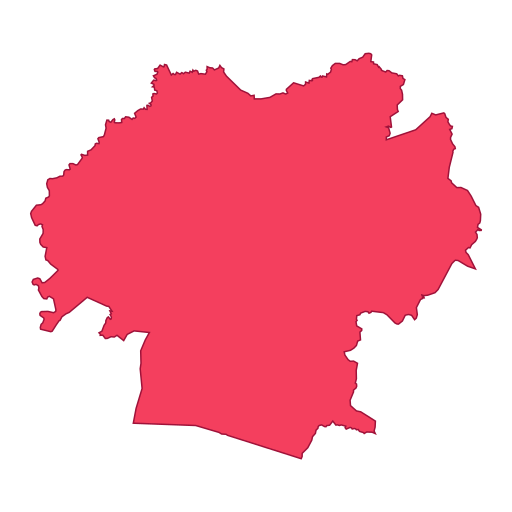 outline of Jolalpan, Puebla, Mexico
{"feature_id": "50627088B30927628561887", "entity_name": "Jolalpan", "entity_type": "district", "adm_level": 2, "iso_a3": "MEX", "parent_name": "Mexico", "parent_adm1": "Puebla", "projection": "mercator", "projection_center": [-98.941, 18.299], "detail": "fine", "context": "isolated", "style": "filled", "palette": "rose", "viewbox_px": 512, "rotation_deg": 0, "n_neighbors": 0, "source": "geoboundaries", "source_scale": "gbopen_adm2", "svg_char_len": 5885}
<svg xmlns="http://www.w3.org/2000/svg" viewBox="0 0 512 512"><path d="M52.2,331.2L56.2,324.9L59.1,320.7L60.0,320.4L61.9,316.8L66.0,313.8L69.2,312.4L87.2,297.3L106.6,306.1L108.8,306.4L112.0,311.2L109.9,310.9L111.3,313.8L110.1,314.5L111.4,317.0L111.2,318.9L110.3,319.3L108.4,316.9L107.3,317.6L105.9,320.5L105.7,323.0L104.1,325.3L101.9,331.2L99.0,332.8L100.7,334.8L100.4,335.3L102.8,335.2L105.3,338.5L107.4,338.4L111.0,336.7L114.3,337.0L117.0,335.3L123.7,340.6L127.2,334.4L134.1,330.9L149.4,332.5L145.3,339.9L140.7,350.8L141.0,363.3L140.2,368.8L142.1,388.5L136.1,408.4L133.3,423.2L195.7,425.5L219.0,432.4L221.6,434.0L226.1,434.3L227.5,435.3L301.2,458.7L302.1,456.6L302.2,453.3L307.8,447.7L311.8,440.1L312.5,436.7L315.4,433.4L316.0,430.2L317.9,428.3L318.2,426.5L319.2,425.5L321.6,424.9L324.6,426.6L326.0,426.7L326.7,425.6L329.6,425.2L332.8,421.1L335.9,425.1L337.3,424.8L339.4,425.5L341.2,424.9L345.8,426.2L345.1,427.7L346.2,429.1L350.1,427.4L351.5,427.9L352.2,429.0L354.3,428.5L355.6,428.8L356.4,429.8L358.2,429.5L359.5,431.4L363.5,432.6L364.2,433.5L366.7,432.0L372.1,432.2L375.3,433.6L374.1,431.0L375.1,427.1L375.4,421.1L360.7,411.8L356.4,410.9L350.5,405.6L350.1,400.2L353.5,392.0L353.5,390.1L356.0,388.0L356.7,386.2L356.5,384.0L355.3,383.1L356.4,378.7L356.2,370.4L357.5,363.3L353.6,361.1L350.3,361.3L348.1,359.7L344.9,355.1L344.2,351.8L350.5,350.3L353.9,348.1L356.4,345.5L357.7,341.1L360.5,339.9L359.9,332.1L361.7,330.5L361.8,328.9L356.7,325.9L356.0,321.7L357.1,320.3L356.4,319.3L356.8,315.6L359.8,314.8L360.7,313.1L365.1,311.4L367.9,311.7L369.0,313.2L370.9,312.4L371.7,311.2L383.3,312.6L387.0,314.8L395.0,323.0L397.0,324.0L398.5,324.1L402.4,321.0L405.2,315.3L406.8,314.8L408.8,314.5L411.6,315.3L414.6,319.7L416.3,318.1L417.3,314.6L416.4,307.6L420.5,299.5L422.6,298.5L422.5,297.7L424.1,297.8L423.6,296.4L422.1,295.8L421.9,295.0L423.9,295.6L427.7,295.2L435.0,292.7L438.1,289.5L451.9,263.5L454.6,260.8L455.4,260.2L458.1,260.5L467.6,266.2L475.4,268.9L468.3,254.8L466.0,252.4L465.5,250.2L468.5,247.5L470.0,247.9L471.7,244.6L475.4,241.4L476.8,239.0L477.3,237.7L477.0,234.5L475.5,232.1L477.9,229.6L479.1,230.5L481.2,230.4L481.3,229.8L477.5,227.4L478.0,224.4L479.8,222.9L480.4,220.6L480.7,214.2L478.6,207.3L475.9,205.6L471.2,196.2L467.5,190.5L461.0,187.5L456.8,187.6L451.6,182.8L451.1,180.8L447.9,178.4L449.3,167.2L453.0,152.3L452.8,151.1L453.8,149.2L455.3,148.6L454.9,146.7L452.6,143.9L450.5,139.4L450.6,137.3L452.1,134.1L449.7,129.4L451.9,128.7L452.4,126.4L450.7,126.0L449.5,124.6L447.9,121.8L448.3,119.3L446.0,117.4L444.7,113.6L443.8,112.9L435.7,114.9L431.8,113.3L430.1,116.7L415.7,129.8L386.3,139.8L386.3,137.0L389.3,135.7L390.1,133.2L388.6,127.8L386.3,126.9L388.5,126.1L390.9,127.4L391.5,127.0L390.2,116.7L398.2,111.5L397.4,109.4L397.2,105.0L402.6,99.8L402.5,94.3L401.6,90.2L400.3,88.6L400.3,86.4L403.4,84.5L404.9,79.6L403.0,78.5L402.4,75.8L399.6,75.3L398.3,75.9L396.7,73.8L391.8,72.9L389.0,70.7L387.1,70.5L385.7,72.0L381.5,70.4L381.4,69.4L379.1,66.7L378.6,67.2L377.2,64.6L373.6,63.8L373.5,62.0L370.8,61.6L371.7,54.9L370.7,53.7L368.8,53.3L365.2,53.7L362.7,57.2L359.1,58.7L357.2,60.8L355.1,59.7L352.4,59.6L351.8,61.7L350.3,61.4L345.7,64.6L343.1,64.8L339.6,63.4L335.3,63.4L332.4,65.6L330.8,68.2L331.4,69.3L330.5,72.2L327.8,74.2L326.8,73.9L326.5,76.9L322.5,76.0L322.2,77.0L321.3,77.2L320.4,76.0L319.0,77.3L312.7,78.6L312.0,79.4L312.4,80.5L311.9,80.8L309.3,80.4L308.9,83.1L305.6,82.0L305.5,84.3L303.6,85.9L293.6,82.8L286.4,89.3L286.3,90.4L287.7,93.0L286.5,93.7L285.6,94.0L283.0,92.9L279.8,94.0L276.0,93.9L269.9,97.4L261.0,98.9L254.3,98.9L254.1,95.3L250.8,95.9L247.9,93.3L240.7,90.1L226.4,76.1L223.6,72.0L223.9,68.9L221.5,67.6L219.9,65.4L218.7,68.0L214.4,69.9L212.6,68.0L209.7,67.7L207.1,66.6L207.1,69.3L206.3,70.2L206.9,71.7L205.4,74.2L200.9,73.6L198.7,74.1L197.5,71.0L195.8,70.3L193.7,71.2L192.9,70.1L192.2,72.3L190.1,71.2L189.2,73.1L185.3,72.2L183.6,73.7L181.8,72.6L180.0,74.1L176.6,72.3L175.5,74.5L174.3,74.5L173.1,73.5L171.3,75.0L166.6,65.0L164.5,64.5L164.0,66.8L163.4,66.9L160.1,65.1L157.6,68.5L154.7,68.9L154.3,69.6L155.0,71.4L157.4,71.5L157.8,72.1L157.0,74.2L153.4,75.8L154.6,77.8L156.0,78.4L156.7,80.2L156.0,80.7L153.7,80.1L151.3,83.1L153.9,84.3L154.0,85.5L152.5,86.8L154.3,87.1L154.7,90.1L156.8,90.7L157.4,93.0L156.5,94.0L154.0,93.5L152.9,93.9L153.0,96.1L151.6,97.3L152.3,101.0L150.7,102.9L149.4,103.3L151.1,104.8L151.0,105.8L149.8,106.4L147.9,105.2L146.9,105.4L147.1,109.4L145.4,109.3L144.1,107.7L143.3,109.1L140.6,109.0L137.8,110.6L134.6,113.3L136.1,117.1L134.7,118.4L133.2,118.0L132.0,119.4L128.9,117.2L125.6,116.8L124.4,118.5L122.5,118.5L121.5,119.5L121.7,122.5L119.2,122.9L115.0,122.8L114.3,122.2L114.8,119.9L114.3,118.8L112.9,119.6L110.8,122.3L109.1,121.5L108.7,120.2L106.9,120.1L105.5,124.8L106.1,128.1L104.4,134.8L103.5,136.6L98.8,137.6L97.9,138.7L99.2,142.3L99.0,143.6L96.5,143.3L95.3,143.9L95.0,145.7L91.0,149.9L87.6,151.3L87.6,155.1L84.8,155.4L81.5,154.3L81.0,154.9L82.3,157.3L82.1,158.3L77.5,164.6L75.9,165.0L72.9,163.6L70.0,163.6L69.0,164.9L70.2,169.1L69.3,169.8L66.3,169.6L65.0,170.2L64.0,171.7L63.7,175.0L62.7,176.2L60.0,176.2L56.9,177.8L52.5,178.7L49.9,178.5L47.8,179.8L46.7,183.7L47.4,187.4L49.3,190.7L49.4,195.8L48.6,197.0L45.8,198.2L45.1,200.9L42.6,203.7L41.0,204.7L36.4,205.2L31.5,211.3L30.7,213.6L31.6,217.6L35.2,225.3L37.1,225.8L38.5,224.5L40.7,223.9L42.5,224.8L42.0,226.4L43.2,229.6L43.1,233.4L39.8,239.0L39.9,242.4L40.7,244.4L43.2,247.0L46.8,247.6L45.1,256.3L45.9,259.9L47.7,260.5L50.7,264.1L57.8,269.4L58.0,270.4L50.0,278.3L44.8,282.5L42.1,282.8L39.8,278.7L37.7,278.0L33.3,279.4L32.1,282.0L33.1,284.4L34.2,284.9L36.0,284.4L38.3,285.6L38.9,287.9L38.4,290.0L41.9,296.5L43.8,298.6L46.8,298.9L47.7,297.0L49.4,296.3L53.5,298.8L55.9,309.8L55.7,311.4L53.6,312.7L47.9,311.4L41.5,311.6L40.4,312.3L39.8,313.8L40.1,315.4L43.7,317.9L44.1,319.2L42.8,322.8L41.1,324.4L40.3,327.5L40.6,329.2L50.8,331.7L52.2,331.2Z" fill="#f43f5e" stroke="#9f1239" stroke-width="1.5"/></svg>